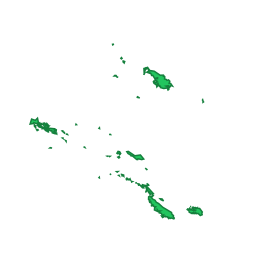 Samarai-Murua District, Milne Bay, Papua New Guinea, rotated 16°
{"feature_id": "67681753B57356093785831", "entity_name": "Samarai-Murua District", "entity_type": "district", "adm_level": 2, "iso_a3": "PNG", "parent_name": "Papua New Guinea", "parent_adm1": "Milne Bay", "projection": "mercator", "projection_center": [152.452, -10.176], "detail": "fine", "context": "isolated", "style": "filled", "palette": "green", "viewbox_px": 256, "rotation_deg": 16, "n_neighbors": 0, "source": "geoboundaries", "source_scale": "gbopen_adm2", "svg_char_len": 5913}
<svg xmlns="http://www.w3.org/2000/svg" viewBox="0 0 256 256"><g transform="rotate(16 128 128)"><path d="M137.6,66.2L133.1,66.7L130.7,69.2L133.8,69.4L133.8,68.9L135.4,69.7L136.2,71.0L137.4,70.6L140.0,73.0L142.6,71.6L142.8,72.4L141.7,72.4L140.8,74.2L142.9,74.9L142.4,75.2L143.1,75.3L143.0,76.3L141.0,77.4L140.1,76.6L140.7,75.6L139.9,75.7L139.6,76.5L140.7,77.9L143.5,78.8L144.4,80.5L145.2,78.6L143.9,77.9L144.5,77.2L144.3,76.1L145.4,78.5L146.4,78.8L146.7,77.9L146.8,79.3L147.8,79.2L148.1,80.2L151.5,80.2L154.7,78.7L156.0,80.4L156.6,79.6L156.2,78.8L154.7,77.4L153.1,77.2L155.2,76.1L156.8,77.4L157.6,75.3L159.1,75.4L156.7,73.4L155.2,73.6L155.3,71.5L153.7,70.6L152.3,71.5L151.5,70.8L149.6,70.8L149.3,68.7L147.8,68.5L148.0,67.7L147.4,67.4L144.4,68.4L137.6,66.2ZM171.3,189.5L167.8,187.3L166.8,188.5L167.4,190.9L168.9,191.2L168.4,192.0L169.3,193.4L170.2,192.6L171.3,194.5L173.2,195.1L171.5,196.6L173.5,195.8L174.9,196.4L176.2,196.1L175.6,197.5L176.0,199.5L179.2,200.0L178.8,198.7L180.2,199.9L180.8,199.1L181.8,198.9L181.1,199.5L181.8,200.5L180.8,201.0L183.6,200.9L185.0,202.5L186.2,201.7L186.2,203.4L184.7,203.5L185.9,204.5L188.0,202.5L188.5,203.0L190.2,202.5L191.9,203.7L192.1,202.7L193.4,203.4L194.2,202.6L197.1,202.7L197.3,201.9L195.7,200.4L195.8,199.6L194.0,198.8L193.1,197.2L183.2,194.6L178.2,192.1L175.7,191.6L173.9,190.0L171.3,189.5ZM219.1,185.6L216.3,186.0L215.3,187.5L215.8,186.0L215.1,186.5L214.7,185.9L213.4,186.4L211.7,185.9L213.0,187.0L212.0,187.4L215.0,188.6L212.7,189.3L211.2,188.9L211.0,189.4L209.4,188.2L209.2,189.3L207.7,189.3L207.4,190.1L209.4,190.7L210.1,192.1L212.3,192.4L213.4,191.7L213.1,192.5L214.1,192.3L214.5,190.7L215.4,192.0L216.2,191.7L216.4,190.6L217.4,191.5L218.9,190.8L221.6,192.2L223.2,190.9L222.4,189.4L222.6,188.3L219.1,185.6ZM147.4,150.5L142.2,152.8L134.8,150.4L133.4,151.1L135.0,152.5L138.0,153.3L138.7,154.0L139.9,153.6L145.0,155.9L146.0,155.7L146.1,154.8L149.9,154.6L151.7,153.5L147.4,150.5ZM32.8,151.2L35.7,149.8L36.0,148.8L38.7,149.0L40.5,147.7L38.3,143.5L36.8,146.2L32.9,146.0L32.8,151.2ZM57.4,149.0L52.0,150.0L51.0,151.0L51.1,152.5L52.2,152.5L52.6,151.4L54.6,152.1L55.4,151.5L56.5,153.5L58.6,153.6L58.1,153.1L59.6,152.3L57.9,151.9L58.7,150.6L59.8,150.7L59.6,149.5L58.8,149.3L58.2,150.3L58.2,149.5L57.5,149.9L57.4,149.0ZM51.0,147.5L49.0,146.2L49.3,147.9L48.3,147.1L48.4,147.8L48.2,148.1L47.9,146.9L46.6,147.0L46.3,146.3L45.4,146.7L46.5,148.9L47.7,149.7L47.3,150.1L49.0,150.6L49.3,152.1L46.1,151.3L44.5,150.0L44.0,150.0L43.8,150.9L45.0,151.0L45.6,152.4L46.6,151.8L50.6,152.7L50.1,148.3L50.8,148.2L51.0,147.5ZM163.9,180.0L162.5,179.8L161.8,180.6L163.0,181.3L162.8,182.4L163.1,182.8L163.2,182.0L163.8,182.1L164.9,183.4L166.5,183.6L167.3,184.7L166.4,184.8L167.5,185.7L170.3,184.0L163.9,180.0ZM130.1,64.3L126.9,66.4L128.7,71.6L128.5,65.7L129.2,66.1L129.2,65.3L130.7,65.4L131.8,66.7L133.0,66.7L130.1,64.3ZM126.5,153.1L124.9,153.2L124.3,155.3L125.0,155.6L126.3,154.9L127.8,156.2L127.5,155.4L128.0,154.5L126.5,153.1ZM160.2,178.5L157.5,178.5L157.6,179.6L156.3,180.2L157.8,181.1L158.2,180.5L158.9,181.5L159.7,181.2L159.1,180.4L160.2,178.5ZM41.1,149.0L40.8,148.4L40.0,150.3L41.1,150.2L41.1,150.9L42.2,151.5L43.7,151.5L43.7,151.0L42.4,150.7L43.5,150.1L43.2,149.7L41.6,150.2L41.9,148.7L41.1,149.0ZM180.3,186.8L178.3,187.2L179.2,187.8L182.3,188.3L180.3,186.8ZM106.4,66.6L106.5,65.0L104.9,64.9L105.0,65.8L106.4,66.6ZM162.3,178.2L160.5,178.4L160.5,179.2L162.5,179.1L162.3,178.2ZM37.1,150.7L37.5,152.0L39.2,153.2L38.6,151.5L37.1,150.7ZM136.8,174.4L134.8,174.4L135.6,175.7L136.4,175.1L137.2,175.5L136.8,174.4ZM128.1,158.7L127.3,157.7L126.2,158.8L127.4,159.4L128.1,158.7ZM142.2,177.3L141.5,176.8L141.1,177.8L143.0,177.6L143.0,176.9L142.2,177.3ZM102.0,80.8L100.8,81.1L100.4,81.8L102.2,81.3L103.2,82.0L104.6,82.0L103.3,81.9L102.0,80.8ZM102.6,63.4L103.1,62.7L102.3,62.1L101.9,63.0L102.6,63.4ZM131.0,96.0L128.6,95.3L128.1,96.4L128.9,95.8L131.0,96.0ZM163.2,176.8L161.2,176.2L164.2,177.8L163.2,176.8ZM42.2,154.7L41.7,154.3L40.7,154.9L41.4,155.5L42.2,154.7ZM170.9,185.7L170.3,185.7L170.5,186.4L169.8,186.8L170.4,187.1L170.9,185.7ZM154.1,178.8L153.0,178.9L153.9,180.0L154.3,179.7L154.1,178.8ZM69.0,150.8L67.6,149.6L67.2,149.8L69.0,150.8ZM52.6,153.7L52.4,152.9L51.8,152.8L51.9,153.7L52.6,153.7ZM44.5,148.2L43.8,147.5L43.3,147.9L43.8,148.4L44.5,148.2ZM60.8,152.6L60.1,152.7L59.9,153.1L61.1,153.4L60.8,152.6ZM157.7,162.7L155.6,161.8L158.1,163.1L157.7,162.7ZM113.0,139.0L111.6,139.4L113.1,139.1L113.0,139.0ZM143.9,177.3L144.7,177.3L144.1,176.5L143.9,177.3ZM66.7,149.7L66.1,148.7L65.5,149.0L66.7,149.7ZM90.4,52.3L90.9,51.8L90.7,51.5L90.1,51.8L90.4,52.3ZM71.4,150.7L69.9,150.9L71.6,150.9L71.4,150.7ZM124.7,177.6L123.1,177.0L124.7,177.6ZM60.5,168.2L58.7,168.3L58.4,168.7L60.5,168.2ZM193.4,82.1L192.7,81.6L193.0,82.6L193.4,82.1ZM146.4,178.9L147.0,178.3L146.1,178.4L146.4,178.9ZM163.2,184.1L162.5,183.3L162.8,184.4L163.2,184.1ZM51.0,153.6L50.3,152.9L49.8,153.2L51.0,153.6ZM129.8,173.4L130.3,172.7L129.1,173.1L129.8,173.4ZM41.5,147.8L42.2,147.7L41.8,147.3L41.5,147.8ZM151.3,179.2L151.1,178.6L151.4,178.0L150.8,178.5L151.3,179.2ZM68.4,155.9L68.2,155.5L67.8,155.7L68.4,155.9ZM155.2,179.5L154.7,179.2L154.3,179.6L154.5,179.8L155.2,179.5ZM100.8,136.4L100.5,135.7L100.2,136.3L100.8,136.4ZM77.0,139.2L77.5,139.0L77.0,138.7L77.0,139.2ZM91.6,158.3L90.5,158.4L91.9,158.6L91.6,158.3ZM140.6,177.8L140.8,177.1L140.6,176.8L140.3,177.4L140.6,177.8ZM72.2,157.9L72.1,157.4L71.5,157.3L72.2,157.9ZM192.8,81.2L192.3,80.8L192.0,80.3L191.9,80.6L192.8,81.2ZM210.4,186.2L209.7,186.2L209.3,186.2L210.4,186.2ZM51.1,149.0L51.3,148.5L50.6,149.0L51.1,149.0ZM42.2,149.2L42.6,149.2L42.4,148.8L42.2,149.2ZM134.4,174.9L134.1,174.6L134.4,174.9ZM128.5,72.1L128.6,72.5L128.7,71.9L128.5,72.1ZM132.7,176.3L132.4,175.9L132.1,176.1L132.7,176.3ZM118.2,160.6L118.5,160.2L117.7,160.4L118.2,160.6ZM116.6,161.0L116.0,160.7L115.8,160.8L116.6,161.0ZM113.8,183.7L114.2,183.8L114.0,183.3L113.8,183.7Z" fill="#22c55e" stroke="#15803d" stroke-width="1.5"/></g></svg>